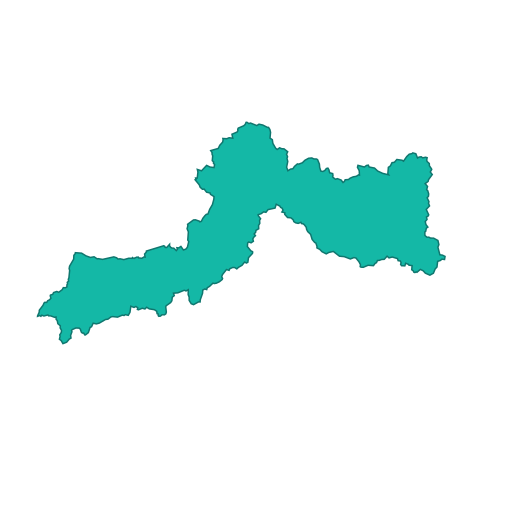 outline of Huancayo, Junín, Peru, rotated 26°
{"feature_id": "86281439B94179749418482", "entity_name": "Huancayo", "entity_type": "district", "adm_level": 2, "iso_a3": "PER", "parent_name": "Peru", "parent_adm1": "Junín", "projection": "orthographic", "projection_center": [-75.119, -12.172], "detail": "fine", "context": "isolated", "style": "filled", "palette": "teal", "viewbox_px": 512, "rotation_deg": 26, "n_neighbors": 0, "source": "geoboundaries", "source_scale": "gbopen_adm2", "svg_char_len": 6113}
<svg xmlns="http://www.w3.org/2000/svg" viewBox="0 0 512 512"><g transform="rotate(26 256 256)"><path d="M92.2,332.2L92.5,333.0L92.0,335.2L93.5,338.8L92.9,346.9L93.6,349.3L94.8,350.6L97.4,357.6L97.5,359.2L98.6,360.8L97.9,362.4L98.9,363.7L98.7,364.8L99.6,366.7L98.6,368.1L96.7,368.9L96.6,371.2L94.6,375.1L92.5,375.2L90.1,377.6L90.1,379.6L88.4,381.2L88.5,382.0L90.2,383.9L89.6,385.9L88.4,387.5L88.2,389.5L86.5,390.2L86.1,391.1L86.2,393.7L85.0,399.7L85.8,401.6L85.9,405.5L86.1,406.0L87.7,404.3L89.1,404.5L89.4,403.1L91.7,402.9L94.8,400.2L95.8,400.7L97.8,399.8L101.9,399.4L103.0,398.5L104.2,400.6L105.6,401.1L107.6,403.7L110.7,404.5L111.5,406.5L113.7,408.0L114.5,409.9L114.2,412.9L115.2,414.2L115.8,417.0L117.9,417.4L120.9,419.4L123.6,416.5L124.6,412.5L125.7,410.9L124.2,408.7L123.8,404.8L122.8,403.8L123.1,402.7L125.6,399.7L128.8,398.3L130.2,398.8L132.4,401.0L133.7,401.4L134.9,400.8L136.7,402.0L137.3,401.7L138.9,398.4L138.2,392.9L139.2,391.7L139.1,387.8L142.3,387.0L144.6,385.0L148.5,379.1L150.6,377.7L152.3,374.4L153.7,373.3L158.4,371.6L161.8,367.7L163.5,367.3L164.2,366.0L167.2,365.3L167.4,361.8L165.5,356.0L168.9,355.7L170.2,354.0L172.5,354.4L172.8,356.0L173.9,355.9L176.7,352.8L179.4,352.3L180.2,350.0L183.3,350.3L188.2,348.8L191.0,349.2L192.4,351.2L193.5,351.0L194.3,352.5L195.1,352.8L196.5,351.9L197.2,350.1L199.5,349.0L200.3,347.5L200.0,345.7L197.1,341.2L197.1,340.0L199.7,335.3L200.0,333.1L198.8,329.7L199.9,327.5L198.1,325.6L201.9,323.4L206.1,318.7L206.9,318.1L208.4,318.1L209.9,316.0L212.0,320.5L213.9,322.2L215.4,325.2L218.7,327.3L221.2,327.1L224.5,322.4L225.9,321.8L225.1,319.7L224.3,312.9L223.1,310.0L224.4,308.1L226.4,307.8L226.1,305.9L227.6,303.6L229.2,299.3L230.5,299.1L232.3,297.8L234.4,295.2L235.9,292.0L235.8,290.8L234.3,289.8L234.0,287.5L235.4,281.1L238.1,280.7L238.0,279.0L240.1,276.5L242.0,275.7L244.4,276.0L245.2,273.9L247.5,270.5L248.4,266.5L250.5,266.5L251.4,265.2L250.0,260.8L251.7,255.3L251.5,254.4L251.0,253.6L249.1,253.6L244.1,251.3L242.8,247.9L243.3,246.6L245.8,246.3L247.2,243.9L245.6,242.0L245.9,239.6L246.6,238.0L244.7,237.0L245.3,234.8L244.7,233.0L246.5,230.3L244.9,227.4L245.1,225.0L243.6,222.4L243.8,220.5L240.4,218.8L239.8,217.9L242.1,215.7L243.5,213.0L245.8,212.4L246.5,209.0L252.1,204.6L251.5,200.6L255.6,200.7L256.8,201.5L258.5,201.6L260.2,202.9L260.0,205.1L263.0,204.5L263.6,206.0L267.5,207.6L270.6,206.4L273.5,207.1L274.9,208.5L277.1,208.8L279.6,208.2L281.6,206.0L282.8,206.9L284.4,206.4L285.9,206.8L288.6,208.2L289.8,209.9L291.8,211.4L295.6,212.6L299.2,216.5L302.8,218.1L304.1,218.1L306.6,220.6L307.2,222.0L310.5,222.1L313.4,223.2L318.2,223.3L319.9,220.9L323.5,218.0L331.1,219.6L335.6,217.9L342.1,217.3L344.7,214.5L346.7,214.0L351.0,216.0L353.7,218.0L354.3,219.9L355.3,220.0L357.4,219.1L360.8,215.2L365.8,213.2L366.3,210.4L367.2,209.2L367.1,206.8L368.7,205.9L370.5,204.0L372.7,202.8L373.9,198.7L376.4,199.4L378.9,197.2L384.3,196.3L385.8,197.9L387.9,197.2L389.3,198.4L389.7,200.2L391.1,200.9L394.1,199.6L393.7,196.9L396.7,196.7L397.5,197.2L400.5,196.2L402.0,200.1L403.8,200.4L405.1,201.4L406.1,201.2L407.0,200.0L407.8,200.1L409.6,196.0L412.8,196.0L415.7,197.2L420.7,197.0L423.0,193.7L422.7,189.2L423.5,186.6L421.6,181.2L423.7,179.2L424.5,177.3L427.0,176.5L426.1,173.5L423.2,173.5L420.7,174.3L415.6,168.3L415.4,165.6L412.7,162.3L407.8,162.1L405.0,163.4L403.1,163.3L401.4,164.2L398.8,163.5L397.2,160.4L397.7,159.5L396.9,156.3L397.8,154.7L394.9,153.2L393.0,150.8L393.7,148.2L392.1,146.2L393.2,144.6L393.2,143.3L388.6,139.5L390.0,134.9L388.0,133.1L387.6,131.3L384.3,128.7L384.8,126.7L384.0,124.5L381.7,122.0L380.3,121.6L379.7,118.3L376.3,116.8L378.0,113.5L377.6,111.8L378.7,105.5L375.8,104.1L376.0,101.2L375.5,100.7L372.3,98.9L371.2,96.9L368.4,96.1L367.4,95.0L366.7,92.6L365.1,92.9L362.8,94.7L361.0,94.4L359.2,95.6L358.2,97.1L354.8,94.0L351.7,94.6L351.3,95.6L349.1,97.3L347.9,100.5L347.0,106.1L345.3,105.9L340.3,107.5L339.3,111.1L337.3,112.5L337.3,116.1L336.1,118.3L338.4,124.2L339.6,124.9L333.6,126.2L328.1,126.3L324.0,125.0L318.7,126.4L317.1,125.1L315.6,126.2L314.4,128.5L307.9,129.8L308.3,131.8L311.4,134.1L313.5,137.9L312.7,138.0L311.2,140.4L308.6,142.3L306.4,144.9L305.6,146.7L302.7,148.4L302.8,150.1L302.0,151.8L299.2,150.4L295.2,150.8L293.8,152.2L291.4,151.7L290.2,151.3L289.9,149.9L288.8,148.3L285.7,148.9L283.7,146.5L282.1,145.5L280.9,146.5L280.4,148.9L279.1,150.7L277.1,151.3L274.4,148.5L272.7,145.6L269.1,142.4L267.9,142.3L265.4,143.4L263.2,143.4L260.4,145.1L258.0,148.5L256.8,151.9L254.1,154.7L252.8,155.1L251.3,158.6L250.9,161.4L248.9,162.8L247.3,165.4L244.6,162.8L243.1,157.1L241.0,154.6L240.9,153.0L238.8,151.1L238.8,148.4L234.2,147.4L232.1,148.3L229.8,148.4L228.3,151.0L226.4,150.5L221.8,147.4L219.7,144.3L216.9,143.9L214.9,138.5L213.0,136.2L210.9,134.9L209.7,135.4L204.7,135.3L200.9,136.2L199.6,138.4L192.8,138.9L191.5,140.1L189.2,139.8L188.5,140.2L188.6,142.5L187.9,144.3L184.0,148.8L184.0,150.0L184.8,151.3L184.7,152.8L181.0,157.1L183.5,160.3L180.0,161.5L178.3,163.4L174.7,164.9L175.5,166.0L176.1,168.2L174.9,172.3L174.9,175.9L169.1,181.1L171.2,182.3L171.8,183.7L173.2,185.0L174.9,189.5L176.7,190.0L177.0,191.2L178.7,192.0L179.5,194.9L175.7,196.2L171.9,196.2L169.7,203.3L165.3,203.9L167.0,206.0L169.0,211.7L167.5,212.4L168.5,213.5L167.9,214.2L173.8,216.9L175.7,218.7L178.6,219.5L180.1,218.6L183.6,220.3L187.2,219.5L188.0,220.5L192.2,221.0L193.2,223.4L194.3,228.9L193.9,234.3L194.4,239.4L193.1,240.3L192.4,242.2L191.7,245.4L191.7,248.8L190.6,249.9L190.1,249.5L185.8,250.0L184.0,251.0L180.6,257.5L181.5,258.7L182.1,261.7L184.6,263.9L187.7,271.6L189.2,272.5L190.5,278.2L189.9,280.6L188.1,282.4L184.3,280.3L183.0,282.6L181.3,283.2L182.4,284.4L182.0,286.1L178.7,285.0L177.1,285.7L175.5,285.6L173.8,284.7L173.2,283.4L172.0,287.5L170.6,288.1L169.7,287.3L168.6,287.2L155.3,299.6L155.7,300.7L155.0,303.1L156.8,305.6L155.7,306.0L154.4,308.1L151.2,309.2L150.7,308.6L149.2,309.4L147.6,311.5L147.3,311.3L146.1,312.1L145.7,311.7L145.4,312.5L142.6,313.8L138.8,317.2L135.1,318.1L133.3,319.2L131.5,318.7L128.6,319.1L119.6,326.3L115.2,327.6L114.5,328.2L110.8,327.7L107.8,329.9L103.1,330.4L98.0,329.9L92.2,332.2Z" fill="#14b8a6" stroke="#0f766e" stroke-width="1.5"/></g></svg>